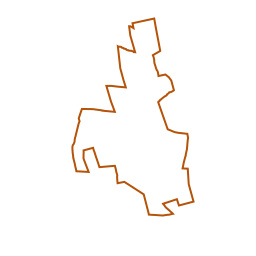 Quintana Roo, Yucatán, Mexico (Natural Earth projection), rotated 159°
{"feature_id": "50627088B14192360660462", "entity_name": "Quintana Roo", "entity_type": "district", "adm_level": 2, "iso_a3": "MEX", "parent_name": "Mexico", "parent_adm1": "Yucatán", "projection": "natural_earth1", "projection_center": [-88.628, 20.839], "detail": "fine", "context": "isolated", "style": "outline", "palette": "amber", "viewbox_px": 256, "rotation_deg": 159, "n_neighbors": 0, "source": "geoboundaries", "source_scale": "gbopen_adm2", "svg_char_len": 3092}
<svg xmlns="http://www.w3.org/2000/svg" viewBox="0 0 256 256"><g transform="rotate(159 128 128)"><path d="M155.3,79.8L150.7,79.0L137.1,60.4L139.3,41.1L139.6,39.7L138.8,39.3L137.9,38.9L137.3,38.6L136.0,38.0L135.9,38.0L126.8,33.8L125.7,33.6L124.7,33.4L123.7,33.1L122.9,33.0L121.9,32.7L121.0,32.4L120.3,32.3L118.9,32.1L118.2,32.0L117.3,31.9L116.8,31.8L117.2,32.8L117.5,33.4L117.9,34.0L118.6,35.4L118.8,35.9L119.5,37.2L119.7,37.7L120.0,38.2L120.7,39.5L121.0,40.1L121.2,40.5L121.5,41.6L121.8,42.9L122.1,43.6L122.3,44.2L122.4,44.7L107.9,44.0L108.2,37.4L93.2,35.8L91.9,49.1L91.4,53.9L86.8,68.6L91.5,70.7L91.1,71.3L91.0,71.5L88.1,76.1L84.4,81.2L84.0,81.4L83.8,82.2L80.7,86.9L79.3,89.7L76.9,94.7L76.2,95.9L75.4,97.4L75.1,99.1L74.7,101.3L83.0,105.6L86.0,107.5L88.3,109.7L91.4,112.6L90.6,139.6L90.5,140.9L90.5,141.4L90.1,141.6L89.9,141.7L89.3,141.8L88.9,142.1L88.5,142.2L88.3,142.5L88.0,142.6L87.4,142.7L86.6,143.0L85.8,143.3L85.2,143.5L83.9,143.9L83.0,144.2L82.2,144.4L81.9,144.4L81.5,144.4L81.1,144.5L80.6,144.6L79.9,144.9L79.7,145.3L79.1,145.5L78.7,145.6L78.1,145.8L77.6,145.9L77.1,146.3L76.6,146.5L75.5,146.3L74.9,146.2L73.8,146.3L72.7,146.5L72.4,146.6L72.1,146.6L71.6,146.8L70.6,156.8L71.7,160.8L73.9,164.5L74.4,164.6L80.9,165.6L80.5,167.3L80.1,169.5L80.1,171.1L80.4,172.0L80.4,173.7L80.2,176.4L80.1,178.8L79.6,180.9L79.1,182.2L79.0,183.2L78.7,184.8L78.7,187.1L72.0,188.1L70.3,188.4L65.8,213.1L64.3,220.8L86.2,224.2L87.1,219.3L88.8,221.5L89.5,222.2L90.5,222.6L92.7,213.5L94.2,196.2L95.4,196.8L95.3,197.2L95.5,197.5L96.6,198.3L97.3,199.0L97.8,199.1L98.5,199.5L99.3,199.8L99.9,200.6L100.5,200.7L101.4,201.6L101.7,202.6L102.0,202.8L102.4,202.9L102.8,203.4L103.3,203.5L103.6,204.1L104.0,204.6L104.8,205.0L105.1,205.8L105.4,206.2L105.8,206.5L106.2,206.6L106.7,206.9L107.6,207.3L107.8,207.4L108.2,207.9L113.8,186.5L115.0,174.7L115.5,166.7L122.2,170.0L128.7,173.4L133.1,175.0L134.4,158.9L134.5,147.8L145.6,153.3L145.5,153.5L154.0,158.2L164.2,162.3L170.5,154.7L170.8,151.7L171.2,151.2L172.2,150.2L179.0,140.5L180.0,139.0L180.7,138.1L181.1,137.6L181.4,137.0L181.8,136.5L182.6,134.8L183.0,134.1L184.6,132.4L185.2,132.1L185.8,131.6L186.3,130.9L186.7,130.1L187.1,129.2L187.4,128.4L187.6,127.7L187.8,127.1L188.0,126.4L188.7,124.1L188.8,123.5L189.0,122.3L189.2,121.8L189.6,120.3L189.7,119.6L189.8,119.6L190.0,118.1L190.3,115.4L190.4,114.3L190.6,113.2L190.7,112.6L190.8,112.1L190.9,111.4L191.2,109.7L191.2,108.9L191.3,108.2L191.6,106.7L191.7,106.1L180.5,101.1L180.5,105.8L180.5,106.6L180.5,107.8L180.5,109.5L180.5,110.4L180.5,111.1L180.5,112.0L180.5,113.6L180.5,114.8L180.4,115.3L180.3,116.0L179.8,117.1L179.4,118.2L178.8,119.6L178.0,121.5L177.5,123.0L176.4,122.9L174.7,122.7L171.5,122.4L167.7,122.0L167.9,120.3L167.9,119.8L168.0,118.7L167.9,117.8L168.0,116.7L168.1,114.4L168.2,113.0L168.3,110.2L168.3,109.7L168.4,107.7L168.5,105.0L168.7,101.8L168.7,101.7L153.8,97.4L154.0,95.4L154.1,94.5L154.2,93.7L154.3,93.1L154.5,92.2L154.7,90.7L154.8,89.8L154.8,88.9L155.0,87.6L155.2,87.2L155.6,86.5L155.9,85.7L156.3,84.4L156.7,83.1L156.8,82.8L157.5,80.2L155.3,79.8Z" fill="none" stroke="#b45309" stroke-width="2"/></g></svg>